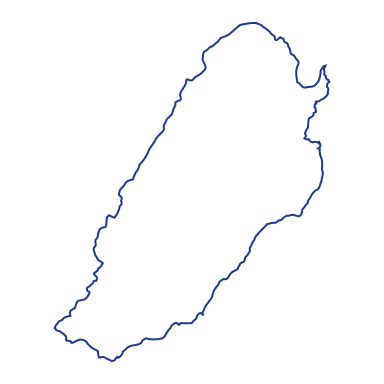 the district of Machetá, Cundinamarca, Colombia
{"feature_id": "7082276B57289019060192", "entity_name": "Machetá", "entity_type": "district", "adm_level": 2, "iso_a3": "COL", "parent_name": "Colombia", "parent_adm1": "Cundinamarca", "projection": "albers", "projection_center": [-73.613, 5.041], "detail": "fine", "context": "isolated", "style": "outline", "palette": "blue", "viewbox_px": 384, "rotation_deg": 0, "n_neighbors": 0, "source": "geoboundaries", "source_scale": "gbopen_adm2", "svg_char_len": 5904}
<svg xmlns="http://www.w3.org/2000/svg" viewBox="0 0 384 384"><path d="M325.4,65.7L323.6,66.3L321.3,69.5L320.6,71.3L320.2,75.7L319.0,80.1L318.1,81.8L315.6,84.8L314.5,85.7L312.6,86.5L307.5,87.1L305.7,87.6L303.3,87.3L302.1,86.5L301.5,85.6L300.0,84.3L299.4,83.4L297.4,82.3L297.2,81.8L296.3,75.5L296.2,72.1L296.3,70.4L296.7,68.7L297.6,65.5L298.3,64.3L298.5,63.1L298.5,62.0L298.2,61.1L296.4,59.1L294.5,56.1L293.5,55.2L291.4,54.2L291.0,53.7L290.6,52.6L289.8,49.0L288.2,46.2L288.0,44.7L287.3,43.4L286.7,42.9L285.1,42.3L284.4,41.8L283.9,40.8L283.5,38.7L282.1,38.5L280.6,37.3L279.9,37.5L276.9,40.0L276.6,40.1L275.6,39.9L274.9,39.1L274.8,37.1L274.4,36.3L271.0,33.6L269.6,31.7L267.8,30.3L265.7,28.5L263.0,26.7L262.0,25.7L260.0,24.5L257.1,23.4L255.8,23.0L250.9,23.0L241.3,24.6L240.3,24.9L238.1,26.5L229.0,34.5L225.3,36.3L221.1,37.8L220.3,38.5L217.7,41.8L214.6,44.2L212.7,46.1L210.0,47.2L209.0,48.0L207.6,49.5L203.9,52.0L203.1,54.3L202.8,58.5L202.5,59.5L205.3,65.8L205.6,68.1L205.0,69.4L204.0,70.6L200.6,73.9L194.7,77.5L192.4,80.2L191.8,80.4L190.2,80.4L187.3,79.3L186.5,80.0L186.2,80.6L186.1,82.2L185.8,83.5L185.4,84.7L180.6,92.2L180.1,95.6L180.9,98.1L180.9,99.1L180.0,100.3L176.5,101.6L175.7,102.2L175.3,102.9L175.3,105.4L173.5,108.9L172.1,113.9L171.5,114.8L170.0,116.0L169.1,117.1L167.0,119.1L163.8,125.6L163.8,127.7L164.1,128.2L164.1,128.8L163.4,130.3L162.5,131.6L159.0,135.1L156.1,138.4L155.1,140.7L149.2,149.4L147.1,154.3L145.5,157.0L143.5,160.1L139.7,164.5L138.1,169.2L137.5,170.3L136.0,172.0L133.4,177.7L133.3,178.9L133.1,179.3L130.1,180.1L127.5,181.1L126.6,181.8L125.2,183.3L124.0,185.7L122.3,187.2L119.7,190.5L119.0,194.2L119.2,195.0L119.4,195.4L120.8,196.5L121.5,197.4L121.7,198.2L121.6,199.5L121.1,200.5L121.1,201.2L121.5,202.3L121.6,203.7L121.3,204.5L119.7,206.2L119.1,209.1L117.4,213.4L116.5,214.9L114.5,217.6L112.7,217.2L110.3,215.8L109.2,215.4L108.6,215.4L107.1,217.2L106.8,218.1L106.2,224.9L105.7,226.8L104.3,227.4L102.7,227.6L101.9,227.9L99.7,229.2L98.8,231.3L97.8,235.5L97.8,236.4L97.0,238.0L95.5,240.1L95.3,241.9L95.5,242.4L95.8,245.1L95.4,245.9L94.0,247.9L93.7,248.8L93.6,249.6L95.5,255.6L97.0,257.7L97.7,259.4L98.4,260.2L101.5,262.1L102.8,263.2L102.7,263.6L102.1,263.9L101.7,264.5L101.4,265.7L100.9,266.5L98.1,268.7L98.0,270.0L97.6,270.4L96.1,271.8L94.1,273.0L93.9,273.4L93.9,273.8L94.2,274.2L96.6,277.0L96.8,277.7L96.9,278.4L96.5,280.5L96.1,280.9L94.2,280.8L93.7,281.2L93.1,282.6L92.0,284.1L91.4,284.4L89.9,286.0L87.5,287.4L87.1,287.9L87.0,289.4L87.2,290.3L87.9,291.2L89.2,291.9L89.5,292.4L89.5,292.9L88.9,294.2L87.0,297.4L85.0,299.1L82.0,300.1L78.9,300.6L77.8,301.2L76.4,303.1L75.9,304.4L75.3,307.1L74.5,308.3L74.2,308.6L73.3,308.8L72.0,309.8L71.3,310.1L70.1,311.5L69.8,313.2L70.4,315.9L66.0,316.8L63.2,318.5L62.5,319.7L61.9,320.1L59.1,321.3L55.7,325.6L54.7,328.1L55.4,328.4L55.8,329.5L56.4,330.1L57.7,330.8L59.5,331.2L61.2,332.3L63.4,333.8L66.0,336.3L66.1,336.7L66.2,340.0L66.5,340.4L70.7,341.4L70.9,341.6L71.1,342.7L71.9,342.9L72.5,342.8L77.5,340.4L79.5,339.7L81.3,339.6L83.8,340.2L85.7,341.1L87.0,342.5L87.5,343.6L91.5,347.6L97.9,351.1L98.4,356.0L99.1,357.6L99.7,357.7L101.2,357.1L103.4,357.0L105.1,357.7L107.3,359.0L109.7,359.9L110.9,360.8L112.3,361.0L113.9,360.6L114.5,360.2L116.8,357.3L117.3,356.8L117.7,357.0L117.7,357.5L118.1,357.8L118.6,357.6L120.0,356.8L121.2,355.4L122.7,352.8L122.9,351.8L123.4,351.2L124.9,350.1L127.0,347.9L129.6,346.3L132.4,345.5L137.1,344.7L139.7,343.8L141.0,343.1L141.5,342.4L142.2,340.9L143.0,340.0L145.7,338.4L146.8,338.4L147.8,338.8L150.4,339.2L153.9,339.4L159.0,339.1L162.4,338.3L164.4,336.8L167.2,332.0L168.7,329.9L170.3,328.1L171.2,326.4L172.2,325.1L174.7,323.2L176.0,322.8L176.6,323.0L177.9,323.8L178.4,324.5L179.0,324.8L179.5,324.5L180.2,323.5L180.8,323.1L181.5,323.0L183.0,323.3L191.1,323.2L192.0,322.8L193.8,320.5L195.2,319.6L195.9,318.9L197.5,315.2L198.5,314.1L199.4,313.4L200.2,313.1L200.8,313.1L202.5,314.1L203.6,315.6L202.6,313.5L202.6,312.6L205.2,306.9L206.4,304.8L211.2,298.6L212.1,296.7L213.3,292.2L213.9,290.7L216.4,286.8L218.2,284.8L219.2,282.3L219.7,281.6L221.7,280.1L223.2,279.1L224.9,279.2L226.3,279.0L227.1,278.5L228.6,276.7L230.6,273.5L232.4,272.0L237.6,269.1L238.4,266.9L239.4,265.6L240.2,263.6L241.7,262.5L242.7,262.3L243.6,261.8L244.2,261.0L244.7,259.5L245.4,257.0L247.2,255.5L248.0,254.4L248.3,253.4L249.1,252.5L249.9,251.1L249.7,249.7L249.9,247.9L250.9,246.1L252.4,242.7L253.5,241.0L254.1,240.4L255.4,236.9L259.1,232.5L264.2,227.4L266.6,224.6L267.0,224.2L268.0,223.9L270.9,223.2L272.9,222.8L275.7,222.7L276.7,222.2L278.1,220.8L279.3,220.3L280.7,220.2L282.4,219.0L283.3,217.9L286.3,215.8L289.3,215.6L290.9,215.1L293.4,214.8L297.8,216.2L298.9,216.2L300.0,215.7L301.1,214.7L302.1,211.8L302.2,210.1L302.4,209.5L304.6,206.8L306.1,204.5L306.9,204.1L307.3,203.7L308.3,200.3L309.8,198.3L312.6,193.4L314.7,191.1L318.1,189.1L319.0,187.7L319.5,186.7L321.0,182.0L321.4,181.1L321.8,178.9L322.8,174.5L322.7,171.6L322.0,169.8L322.2,163.9L321.9,159.9L320.3,155.5L319.7,152.3L319.8,149.1L318.2,148.3L319.6,147.6L320.2,146.2L320.4,145.4L320.4,144.6L320.2,144.0L319.2,143.7L319.4,142.4L319.3,142.0L318.8,141.8L317.8,142.6L316.3,142.0L315.1,141.8L312.7,142.3L309.9,141.2L309.6,140.9L309.4,139.9L308.4,139.0L307.1,139.6L304.5,138.4L305.4,137.3L305.9,135.8L305.8,135.0L305.4,134.5L305.0,133.1L307.0,128.7L307.9,127.6L308.5,120.5L308.9,118.8L309.3,118.2L311.7,116.8L312.7,116.0L313.4,115.1L313.6,113.1L315.8,111.9L316.0,111.6L316.1,111.1L315.5,110.0L315.6,108.1L314.6,107.1L314.5,106.8L314.8,105.7L314.8,104.5L315.0,104.2L316.2,103.6L315.7,101.7L316.1,101.5L317.4,101.6L319.2,101.1L321.5,99.5L323.8,98.4L326.6,95.9L328.0,93.7L327.7,91.9L328.0,91.5L328.2,90.6L328.2,88.2L327.1,87.1L327.0,85.1L327.4,83.8L328.6,82.1L329.2,82.0L329.3,81.8L328.6,80.9L328.7,80.5L328.7,80.2L328.2,79.9L327.1,79.5L326.8,78.8L326.1,78.4L325.9,78.0L325.7,75.9L324.7,75.2L324.2,74.6L324.6,71.8L323.9,69.4L324.0,68.8L325.4,65.7Z" fill="none" stroke="#1e3a8a" stroke-width="2"/></svg>